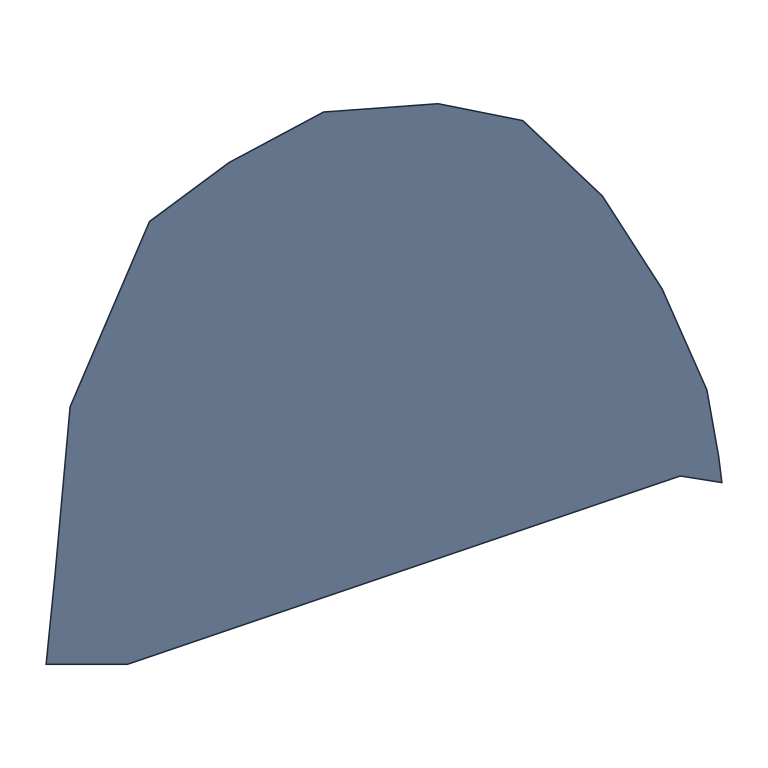 map outline of Kingston upon Hull (Mercator projection)
{"feature_id": "GBR-2055", "entity_name": "Kingston upon Hull", "entity_type": "Unitary Authority", "adm_level": 1, "iso_a3": "GBR", "parent_name": "United Kingdom", "parent_adm1": "", "projection": "mercator", "projection_center": [-0.364, 53.752], "detail": "fine", "context": "isolated", "style": "filled", "palette": "slate", "viewbox_px": 768, "rotation_deg": 0, "n_neighbors": 0, "source": "natural_earth", "source_scale": "10m", "svg_char_len": 321}
<svg xmlns="http://www.w3.org/2000/svg" viewBox="0 0 768 768"><path d="M721.9,482.6L680.2,476.0L127.5,664.3L46.1,664.3L55.0,575.0L70.1,406.8L149.5,221.5L229.1,162.5L323.6,112.0L438.1,103.7L522.8,120.6L602.5,196.2L662.1,288.9L706.9,389.9L718.7,456.6L721.9,482.6Z" fill="#64748b" stroke="#1e293b" stroke-width="1.5"/></svg>